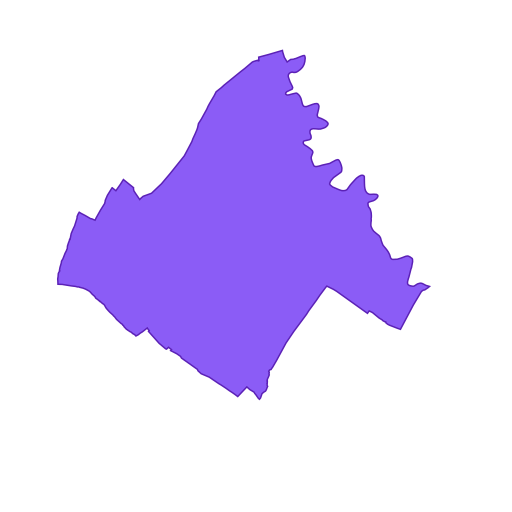 the district of Cavadinesti, Galati, Romania, rotated 319°
{"feature_id": "2599482B39355848993801", "entity_name": "Cavadinesti", "entity_type": "district", "adm_level": 2, "iso_a3": "ROU", "parent_name": "Romania", "parent_adm1": "Galati", "projection": "equal_earth", "projection_center": [28.047, 46.057], "detail": "fine", "context": "isolated", "style": "filled", "palette": "violet", "viewbox_px": 512, "rotation_deg": 319, "n_neighbors": 0, "source": "geoboundaries", "source_scale": "gbopen_adm2", "svg_char_len": 6144}
<svg xmlns="http://www.w3.org/2000/svg" viewBox="0 0 512 512"><g transform="rotate(319 256 256)"><path d="M411.1,130.4L406.8,130.0L407.7,124.7L410.0,119.5L410.8,118.2L397.5,112.1L388.5,107.7L388.2,108.2L386.8,109.7L386.4,110.5L385.7,110.2L385.9,109.6L385.7,109.4L382.3,107.8L380.5,107.2L370.7,107.1L365.3,106.8L344.2,106.1L340.2,106.2L333.7,105.9L329.5,107.6L320.6,110.6L318.0,111.6L315.2,112.9L304.6,116.8L299.5,118.3L296.0,120.9L294.1,122.0L290.2,123.9L285.3,126.1L282.6,127.6L273.3,131.2L267.5,133.4L245.5,137.4L232.0,139.5L226.9,139.7L218.3,140.1L210.0,136.9L206.8,136.9L205.3,137.1L206.2,129.4L206.6,126.7L207.2,125.6L207.8,124.7L208.4,124.1L206.1,111.3L200.8,112.9L193.1,114.8L192.7,112.6L192.4,111.2L192.3,110.2L192.1,110.1L183.7,112.7L178.7,115.1L178.2,115.7L177.1,116.4L176.4,117.0L175.8,117.2L168.6,119.4L160.5,122.3L158.0,123.4L156.4,120.1L155.7,119.4L153.7,113.5L151.9,108.9L151.3,107.0L149.4,107.6L146.9,108.8L146.0,109.8L145.3,110.3L138.8,114.3L135.8,115.6L131.3,117.8L126.8,121.3L126.7,121.0L126.0,121.3L125.3,121.9L123.0,123.1L120.2,124.8L118.3,126.7L117.6,126.9L116.4,127.6L113.4,128.8L113.1,129.0L108.3,131.5L105.8,132.3L104.5,133.5L100.6,136.0L98.2,137.9L98.3,138.3L98.0,138.6L96.5,138.9L95.2,139.6L94.4,140.4L93.1,141.7L91.2,143.3L90.1,144.8L88.0,147.4L91.2,150.4L92.0,151.4L93.0,152.6L97.1,157.5L99.8,160.5L100.9,162.1L102.0,163.1L102.2,163.7L104.4,166.8L105.0,168.0L105.6,169.1L106.8,172.3L107.1,173.2L107.3,174.6L107.3,177.3L107.7,180.3L107.7,181.2L107.4,182.6L107.5,183.3L107.9,184.7L108.3,187.6L108.5,187.5L109.0,191.4L109.2,191.8L109.4,192.5L109.4,193.7L108.9,196.0L108.7,197.3L108.7,200.3L108.8,202.7L109.3,206.6L109.2,207.6L109.4,209.1L109.2,211.8L109.2,212.5L109.9,218.4L110.1,219.2L110.3,219.7L110.3,220.0L110.1,220.7L110.3,221.7L110.0,223.0L110.1,223.4L110.1,225.3L110.2,226.5L110.5,227.2L110.5,227.6L110.8,228.6L111.3,230.5L111.8,231.6L112.0,232.3L111.9,233.5L112.3,234.1L112.5,235.0L112.8,235.5L112.9,237.6L115.5,238.2L118.2,238.3L120.4,238.7L126.7,239.0L126.4,240.9L126.5,242.2L125.4,242.4L125.6,258.4L126.9,266.8L127.4,267.6L130.1,267.5L130.8,271.2L129.5,271.4L132.1,277.9L133.2,282.2L132.8,284.2L137.4,303.1L136.9,304.6L137.4,308.9L141.2,316.7L144.2,328.0L145.0,330.4L146.5,335.8L147.6,340.4L148.4,343.1L149.3,346.7L150.0,350.1L163.2,348.8L163.7,352.8L165.1,357.1L165.2,357.5L164.9,358.9L164.9,360.4L164.4,365.0L164.6,366.4L166.3,366.1L170.3,363.8L172.9,363.9L174.5,364.2L175.3,364.0L176.6,363.4L178.2,362.5L179.3,362.0L179.5,361.0L179.8,360.6L180.8,359.6L180.7,359.4L181.5,358.8L181.5,358.6L181.6,358.8L182.2,358.2L182.6,357.7L182.4,357.5L182.5,357.4L182.8,357.4L183.1,357.0L183.7,356.5L186.5,355.2L188.0,354.4L188.0,354.2L188.8,353.1L189.0,353.1L189.6,352.6L189.9,351.9L189.8,351.6L190.5,351.2L191.5,350.9L192.6,351.3L192.7,351.5L193.1,351.5L193.6,351.3L195.7,350.8L203.0,348.3L221.7,341.3L235.2,337.7L255.7,333.2L260.0,331.9L272.0,329.2L278.4,327.5L288.1,325.4L289.7,325.2L292.6,332.1L293.7,335.6L302.5,372.4L305.4,371.7L306.8,375.1L308.2,383.5L309.3,387.0L309.3,388.0L310.2,390.4L310.7,390.8L310.2,391.8L310.6,393.9L311.3,395.7L315.3,403.3L316.9,406.1L342.6,396.2L357.6,391.3L359.8,391.5L361.1,392.3L365.1,392.8L367.0,392.8L365.0,389.7L363.7,386.4L363.2,385.4L362.7,384.8L362.2,384.3L361.5,383.9L359.8,383.1L359.0,382.9L356.0,382.5L355.2,382.2L354.6,381.8L353.0,379.8L352.4,378.8L352.2,378.3L352.0,377.5L352.0,377.0L352.3,376.3L353.2,375.1L353.7,374.7L355.4,373.5L357.7,372.1L364.5,367.4L365.7,366.8L370.4,363.1L371.8,361.4L372.2,360.6L372.2,360.0L371.6,357.6L370.8,355.9L370.1,355.2L368.7,354.4L364.3,352.8L360.6,351.2L357.1,348.4L356.6,347.8L356.3,347.2L356.3,345.9L357.5,343.2L357.9,342.1L358.5,339.5L358.8,336.7L358.9,331.3L359.5,329.4L360.6,326.6L361.8,324.2L362.2,322.3L362.2,321.2L361.5,317.3L361.1,314.5L361.3,312.4L361.6,311.2L362.2,309.3L362.9,308.1L364.6,306.3L366.4,304.7L367.5,303.2L368.2,302.7L369.5,301.3L371.1,299.2L371.6,298.4L373.0,295.4L373.2,292.8L373.5,292.0L373.9,291.3L374.9,289.8L375.4,289.5L376.1,289.4L376.9,289.5L380.9,291.3L382.8,291.7L385.0,291.7L386.7,291.2L387.4,290.7L387.7,290.1L387.6,289.3L387.4,288.6L385.3,286.5L383.2,284.9L382.2,284.0L381.7,283.1L381.2,281.6L381.2,280.2L381.5,278.5L382.5,276.4L383.7,274.6L385.6,272.2L389.8,267.2L390.0,266.6L389.9,265.9L389.6,265.2L388.6,264.3L387.8,263.9L385.7,263.4L383.1,263.2L381.6,263.3L375.5,264.0L373.6,264.3L368.2,265.6L366.5,265.2L365.0,264.2L363.7,263.0L362.8,261.6L361.6,259.3L359.1,254.1L358.6,251.1L358.8,249.9L360.2,249.0L361.4,248.5L362.4,248.2L366.0,247.7L374.7,248.5L375.7,248.4L376.3,248.1L376.8,247.7L378.2,246.3L378.8,245.5L379.8,243.6L380.9,240.7L381.4,238.4L381.3,237.6L381.1,237.1L380.6,236.7L379.1,236.0L374.9,235.0L372.4,234.5L365.9,231.0L362.8,229.6L360.7,228.4L359.9,227.8L359.4,227.2L359.0,226.6L358.9,225.8L359.6,223.5L360.5,220.9L361.5,218.9L362.0,218.2L362.7,217.5L364.6,216.4L366.0,215.7L367.0,215.0L367.5,214.0L367.6,213.3L367.5,212.3L367.3,210.5L366.6,207.5L365.5,204.0L365.4,203.3L365.5,202.4L365.8,201.7L366.3,201.2L366.8,200.8L367.5,200.7L368.0,200.8L372.4,203.2L373.7,203.5L374.3,203.4L374.8,203.2L375.3,202.8L376.0,201.9L376.5,201.1L377.3,198.8L378.2,197.6L378.7,197.1L379.9,196.5L380.7,196.6L381.4,196.8L382.6,197.4L384.5,199.2L386.4,201.2L388.0,202.5L390.9,203.8L392.3,204.3L394.2,204.5L395.9,204.2L396.5,204.0L397.3,203.3L397.6,202.2L397.3,199.8L396.3,197.0L395.3,194.7L394.4,193.2L393.8,191.9L393.9,191.3L394.6,189.8L399.9,186.0L401.6,184.5L402.0,183.9L402.5,182.4L402.4,181.7L402.0,180.9L400.2,179.6L398.0,178.6L392.2,176.4L391.0,175.4L390.2,174.2L390.4,172.7L390.9,171.4L393.1,167.0L393.6,165.6L394.0,163.5L394.0,162.1L393.8,160.6L393.6,160.0L393.2,159.4L390.5,157.9L386.4,155.9L385.1,155.0L384.6,153.3L385.4,152.4L386.9,152.2L389.9,153.0L392.7,153.8L394.1,153.1L394.7,151.7L396.0,146.8L397.6,142.7L398.3,141.4L399.4,140.4L401.0,140.0L402.5,140.2L403.9,140.9L404.8,142.1L405.9,143.1L407.3,143.8L408.7,144.1L410.3,144.2L411.8,144.3L413.4,144.2L415.0,144.0L416.5,143.5L418.0,142.9L419.2,142.1L420.4,141.3L422.9,139.0L423.1,138.7L424.0,137.2L424.0,136.4L423.0,135.7L420.7,134.8L415.7,133.1L414.3,132.4L413.4,132.1L411.1,130.4Z" fill="#8b5cf6" stroke="#5b21b6" stroke-width="1.5"/></g></svg>